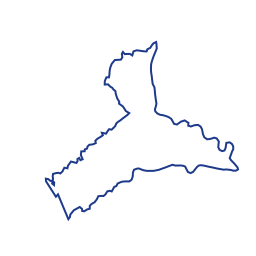 the district of Formosa do Oeste, Paraná, Brazil, rotated 72°
{"feature_id": "56859067B90893181412496", "entity_name": "Formosa do Oeste", "entity_type": "district", "adm_level": 2, "iso_a3": "BRA", "parent_name": "Brazil", "parent_adm1": "Paraná", "projection": "albers", "projection_center": [-53.335, -24.297], "detail": "fine", "context": "isolated", "style": "outline", "palette": "blue", "viewbox_px": 256, "rotation_deg": 72, "n_neighbors": 0, "source": "geoboundaries", "source_scale": "gbopen_adm2", "svg_char_len": 2694}
<svg xmlns="http://www.w3.org/2000/svg" viewBox="0 0 256 256"><g transform="rotate(72 128 128)"><path d="M54.9,74.7L55.4,77.8L56.8,79.9L58.6,82.0L59.2,85.4L60.9,86.6L60.1,88.9L56.8,95.7L56.8,99.1L60.3,101.5L58.2,103.2L57.3,106.0L56.7,108.3L54.1,109.3L55.5,110.9L59.1,111.6L60.8,113.7L59.3,119.5L61.9,123.6L65.1,126.2L67.8,127.7L71.7,129.3L74.0,130.5L73.1,132.8L74.7,134.3L76.5,135.7L79.5,136.7L80.3,133.5L83.2,132.1L84.8,130.6L86.7,130.0L89.0,128.6L92.0,129.1L93.9,129.1L96.6,129.1L100.3,128.2L102.1,129.0L105.7,126.3L107.9,125.6L111.2,124.8L114.2,122.2L115.5,124.7L116.4,127.4L117.3,130.1L118.4,133.0L119.0,135.3L120.0,137.7L122.2,139.5L123.4,141.8L124.5,144.1L123.3,146.4L125.0,148.8L126.6,150.6L124.5,154.3L127.2,154.2L128.1,157.3L128.7,160.2L130.0,163.0L132.4,163.3L132.7,166.5L132.0,170.0L133.1,172.2L134.9,173.3L135.0,175.7L136.7,176.4L135.8,179.7L139.2,181.2L143.7,180.8L143.9,183.2L141.4,183.7L141.9,185.7L143.9,186.2L145.3,187.8L142.3,192.6L143.5,194.3L145.3,196.7L147.6,198.1L146.1,200.8L149.1,203.8L150.3,206.4L149.1,208.0L148.7,210.0L148.5,213.5L150.9,214.6L153.2,215.0L155.0,216.1L154.3,218.2L152.0,219.6L150.8,221.8L153.5,222.4L171.1,217.8L169.5,215.1L196.3,212.9L194.9,210.9L192.5,209.6L191.4,207.9L189.5,205.0L188.8,201.4L188.2,198.3L190.9,196.7L192.8,197.2L193.7,195.3L192.8,192.1L193.0,189.4L190.2,188.4L189.0,186.2L188.3,182.7L186.1,179.6L183.7,177.3L184.2,174.8L185.1,172.3L184.2,170.0L181.9,167.3L182.1,164.7L183.3,163.1L181.4,161.0L179.8,159.4L179.6,157.0L177.6,155.0L177.3,152.2L177.2,150.2L178.0,147.0L179.2,143.2L178.3,140.6L175.6,138.5L172.0,137.1L169.6,135.3L169.4,132.5L169.8,130.2L172.0,127.6L173.4,125.6L174.8,122.8L175.6,120.3L176.6,117.2L177.0,114.2L177.3,112.1L177.1,105.0L176.7,97.1L178.4,94.5L179.8,89.7L181.1,87.0L182.5,85.5L184.9,85.2L188.4,84.6L190.2,82.4L189.9,79.7L186.5,74.6L185.6,72.5L185.8,70.5L187.0,67.8L189.9,63.0L191.2,60.6L194.0,55.9L197.2,49.9L197.8,47.3L199.6,43.3L201.2,40.9L201.9,38.5L201.4,36.2L199.4,36.0L194.6,37.9L190.6,39.9L188.1,40.6L182.4,36.2L180.8,34.5L177.9,33.6L175.3,34.1L173.1,35.7L172.5,39.0L177.2,41.4L179.2,43.2L179.1,45.6L177.0,47.7L174.1,48.1L169.0,45.8L165.4,46.8L163.9,48.8L163.8,53.2L163.2,56.2L160.4,58.3L157.0,58.6L152.1,58.0L149.1,58.5L146.7,60.4L145.9,63.9L146.0,67.7L144.4,70.0L141.8,68.9L138.3,71.8L138.3,75.6L139.8,80.4L138.3,82.9L135.2,83.5L132.7,84.0L130.2,86.0L128.7,87.8L126.8,90.5L125.4,93.3L123.4,95.5L120.6,96.9L118.7,96.7L115.4,94.4L113.2,93.3L110.8,93.0L105.3,92.0L97.7,90.3L93.5,90.9L85.9,89.4L81.7,88.7L79.2,88.0L75.0,86.5L73.0,85.4L69.9,83.2L67.8,81.6L61.3,76.1L57.0,75.0L54.9,74.7ZM155.0,216.1L156.9,215.0L159.4,216.0L157.4,217.3L155.0,216.1Z" fill="none" stroke="#1e3a8a" stroke-width="2"/></g></svg>